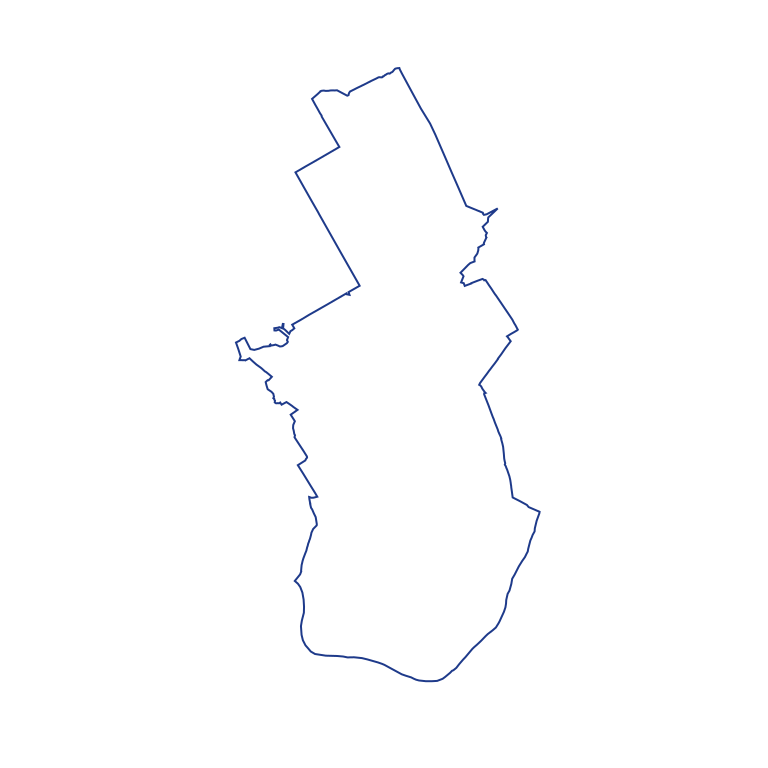 outline of Seces pag., Jaunjelgavas, Latvia, rotated 158°
{"feature_id": "27541924B20656105866452", "entity_name": "Seces pag.", "entity_type": "district", "adm_level": 2, "iso_a3": "LVA", "parent_name": "Latvia", "parent_adm1": "Jaunjelgavas", "projection": "albers", "projection_center": [25.369, 56.527], "detail": "fine", "context": "isolated", "style": "outline", "palette": "blue", "viewbox_px": 768, "rotation_deg": 158, "n_neighbors": 0, "source": "geoboundaries", "source_scale": "gbopen_adm2", "svg_char_len": 6080}
<svg xmlns="http://www.w3.org/2000/svg" viewBox="0 0 768 768"><g transform="rotate(158 384 384)"><path d="M287.6,207.2L295.0,214.7L295.1,214.8L296.0,215.7L296.8,218.3L301.9,224.5L307.2,230.6L305.7,236.5L304.7,240.6L304.3,241.8L304.0,243.2L303.5,245.1L302.9,247.7L302.3,251.5L302.1,255.3L301.9,258.9L302.0,259.6L301.9,262.3L302.2,264.0L301.3,265.1L301.0,267.3L300.5,269.8L299.0,274.5L297.3,280.4L297.1,281.1L296.5,284.8L296.1,288.6L295.9,289.5L295.7,289.5L295.6,290.4L295.6,293.2L295.7,293.6L295.8,297.2L295.6,299.2L295.6,306.7L295.4,311.3L295.5,311.6L295.4,316.2L295.1,324.8L295.0,337.0L294.6,337.8L293.2,337.7L293.4,338.1L293.8,339.5L294.1,340.8L294.3,341.5L294.6,342.9L294.7,344.1L294.7,344.5L294.8,345.3L295.0,345.9L295.3,346.6L295.5,346.9L295.8,347.4L296.0,347.6L294.6,348.9L287.8,353.1L284.6,355.0L281.3,357.1L280.5,357.5L277.4,359.4L273.6,361.6L268.9,364.5L268.9,364.8L264.4,367.5L257.9,371.8L251.8,375.4L250.5,376.2L251.3,379.3L251.5,380.3L252.1,382.1L250.3,382.4L247.5,382.9L244.3,383.3L243.6,383.4L240.4,383.9L239.6,384.2L240.1,389.2L240.5,391.4L240.9,395.6L242.3,402.3L243.9,409.7L244.1,410.7L247.1,424.6L247.3,425.0L247.8,427.3L248.4,430.4L248.7,432.0L249.7,436.4L250.2,439.0L250.9,442.3L252.2,442.6L252.2,443.1L253.3,444.5L258.6,444.7L265.3,444.8L265.4,444.5L272.4,444.7L272.3,447.6L274.5,449.3L269.9,454.1L270.2,455.5L271.4,458.5L262.0,462.6L261.6,462.8L258.7,463.8L254.1,463.7L253.8,464.7L253.0,466.7L252.9,467.1L252.6,467.4L252.4,467.6L248.7,469.9L248.5,470.1L247.1,471.9L246.6,472.5L245.6,474.5L245.5,474.8L245.4,474.9L245.4,475.2L238.9,476.1L238.8,476.8L238.8,477.0L238.7,477.1L238.3,477.6L236.9,478.9L234.2,481.4L234.4,481.6L233.9,483.9L232.0,485.5L232.7,487.2L233.1,488.7L233.6,492.8L230.1,494.2L229.1,494.6L226.9,495.5L225.5,498.4L224.9,499.4L217.5,502.3L212.8,504.2L225.2,502.9L228.0,503.4L228.4,504.5L228.2,505.8L241.0,518.3L241.5,538.5L242.0,555.1L242.3,568.6L242.7,583.9L243.0,595.9L243.7,608.2L246.6,625.4L248.0,637.6L248.5,642.0L249.8,653.6L251.1,665.3L251.5,669.8L251.4,671.2L251.8,671.3L252.9,671.7L254.9,672.1L255.7,672.1L257.7,671.1L258.6,670.5L259.5,670.2L260.3,670.1L261.1,670.1L261.7,669.9L262.0,669.7L262.6,669.7L263.1,670.0L263.3,670.2L263.7,670.4L264.1,670.4L265.3,670.4L266.7,670.0L267.1,670.1L269.3,669.4L269.5,669.4L269.8,669.6L270.1,669.5L270.6,669.1L270.9,669.1L271.1,669.1L271.8,669.4L273.6,670.3L274.0,670.3L274.4,670.4L275.0,670.3L277.2,670.1L282.3,669.8L291.2,669.0L292.5,669.0L292.7,668.9L297.6,668.6L300.1,668.4L300.8,668.3L302.4,668.2L305.8,667.9L306.0,667.9L306.7,667.4L307.6,666.7L307.8,666.4L308.1,666.0L308.7,665.1L310.1,665.1L312.8,668.3L317.5,673.9L319.9,674.7L320.1,674.8L321.9,675.6L322.8,675.9L323.9,676.3L325.6,676.6L326.3,676.9L327.5,677.3L328.6,677.8L329.7,678.5L330.2,678.7L331.9,679.2L332.8,679.3L333.4,679.2L333.5,678.9L334.1,678.8L336.9,677.7L343.9,675.3L343.1,668.4L342.6,664.8L341.9,659.0L341.5,657.1L341.3,656.3L341.6,655.3L340.3,646.2L337.7,627.9L336.8,621.8L336.6,620.5L361.0,617.0L375.0,615.1L386.8,613.4L384.6,596.4L382.6,581.3L380.7,567.5L380.6,566.2L379.1,554.7L374.9,522.5L370.0,485.9L369.8,484.2L382.4,482.5L382.6,479.6L385.0,481.2L384.9,482.1L398.3,480.2L408.1,478.8L427.5,476.2L436.9,474.7L446.9,473.4L446.6,471.4L446.3,469.2L449.0,468.3L451.0,468.0L451.7,467.3L453.1,466.0L455.4,471.2L456.7,473.4L454.7,477.3L455.3,477.6L457.7,474.0L458.9,475.2L459.8,475.9L461.5,476.0L464.8,476.8L465.5,474.7L464.1,474.0L463.8,474.0L461.1,473.8L458.6,469.3L455.3,463.4L457.5,461.1L457.5,460.6L457.4,459.1L458.8,458.2L463.8,457.1L465.2,457.4L466.5,457.8L467.6,459.0L468.3,459.7L469.9,461.2L471.3,461.3L474.2,461.9L474.5,463.3L475.3,463.0L475.8,461.9L481.7,463.7L486.6,463.6L491.5,464.2L494.8,466.4L495.9,479.1L499.4,479.1L501.9,478.2L505.7,477.9L506.0,471.0L506.6,463.1L508.1,461.5L509.1,460.3L503.7,458.0L503.6,457.8L499.1,458.3L497.0,453.8L495.0,449.8L492.1,445.2L491.4,443.9L489.7,440.3L488.8,439.2L487.4,436.7L485.3,432.7L489.4,430.8L489.6,430.7L490.3,431.1L490.5,431.1L492.3,430.4L493.0,430.1L493.5,426.4L493.8,422.9L493.8,422.7L491.3,419.0L490.3,416.4L490.6,414.7L490.7,413.6L491.9,412.3L491.3,411.6L491.6,410.7L491.3,409.4L492.2,407.9L491.5,406.7L490.6,406.3L489.6,406.0L488.4,405.4L487.2,405.7L486.7,403.2L481.2,403.8L479.1,400.7L477.3,397.9L477.1,397.5L476.6,396.6L473.9,392.4L482.0,390.5L480.8,384.1L480.6,382.9L483.5,380.0L484.9,377.1L485.2,374.5L485.9,371.3L485.7,369.8L486.9,368.2L486.7,367.0L486.3,364.9L483.7,351.9L482.6,345.7L482.7,345.4L482.8,344.9L482.9,344.6L483.2,344.4L483.6,344.2L483.9,344.0L484.6,343.6L485.6,342.6L494.3,341.0L492.5,331.1L490.2,317.4L488.7,308.7L488.1,304.5L489.8,304.7L491.3,304.9L492.3,305.1L493.3,305.5L494.1,305.8L494.9,306.6L495.3,307.0L495.7,307.3L496.4,304.8L496.7,303.2L496.9,302.4L497.0,301.9L497.0,301.4L497.2,300.5L497.4,300.5L498.0,296.6L497.8,295.4L497.6,294.8L497.5,290.2L497.2,286.2L498.8,279.2L499.4,278.1L504.0,276.1L505.8,274.4L506.9,273.4L508.3,271.3L510.7,268.1L511.8,267.0L512.9,265.6L514.0,264.5L515.5,262.4L516.4,261.4L518.4,258.6L520.6,256.3L524.1,252.5L525.8,250.4L527.1,248.5L527.4,248.1L528.2,247.0L529.7,244.1L530.7,242.1L530.9,241.8L530.9,241.3L533.1,238.9L540.5,234.8L538.6,231.0L537.7,227.1L537.8,221.2L539.3,214.2L541.6,207.4L544.0,201.9L548.8,195.4L551.7,190.6L554.4,182.3L555.2,176.8L554.7,171.1L553.4,167.4L552.1,163.4L549.1,159.5L539.7,153.9L529.4,149.4L523.9,146.6L520.3,144.2L514.3,141.9L513.3,141.4L507.1,138.1L502.5,134.8L493.9,128.1L490.7,125.3L488.8,123.4L485.6,119.5L476.3,108.2L473.0,105.3L468.7,101.8L466.8,99.6L465.0,97.8L462.6,96.0L456.6,92.8L451.5,90.7L445.9,88.8L440.1,88.7L437.0,89.5L430.8,91.5L428.4,92.6L426.9,92.6L423.3,93.7L419.2,96.1L414.0,98.8L410.9,100.2L401.3,105.3L399.1,106.2L395.6,107.4L390.2,109.5L384.4,112.1L381.4,113.3L375.6,114.9L371.5,116.3L367.5,119.2L365.7,120.7L358.1,127.9L355.1,131.4L353.1,134.7L351.6,137.9L348.0,143.1L345.0,145.5L340.8,151.0L338.1,155.4L334.3,158.3L327.3,164.4L322.1,168.2L318.2,170.7L315.3,173.3L313.5,174.8L312.0,177.2L309.5,180.6L306.9,184.1L304.8,186.1L302.8,188.3L299.6,190.9L298.2,193.7L293.7,200.0L288.4,205.9L287.6,207.2Z" fill="none" stroke="#1e3a8a" stroke-width="2"/></g></svg>